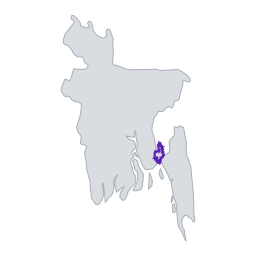 Feni, Chittagong, Bangladesh shown in context
{"feature_id": "16705992B83268326466345", "entity_name": "Feni", "entity_type": "district", "adm_level": 2, "iso_a3": "BGD", "parent_name": "Bangladesh", "parent_adm1": "Chittagong", "projection": "equal_earth", "projection_center": [91.37, 23.021], "detail": "fine", "context": "in_parent", "style": "outline", "palette": "violet", "viewbox_px": 256, "rotation_deg": 0, "n_neighbors": 0, "source": "geoboundaries", "source_scale": "gbopen_adm2", "svg_char_len": 7561}
<svg xmlns="http://www.w3.org/2000/svg" viewBox="0 0 256 256"><path d="M90.2,189.4L90.2,182.3L86.5,168.3L86.7,166.8L85.9,160.0L85.0,156.3L84.6,152.3L86.9,146.6L86.0,145.7L80.9,143.9L80.4,142.5L81.5,136.9L77.9,131.5L76.5,127.6L80.4,114.8L81.5,105.9L81.2,104.2L78.9,102.2L74.7,101.4L71.8,99.8L70.0,97.3L68.6,96.2L66.8,97.0L64.5,96.0L62.6,93.5L61.0,90.5L61.7,87.2L64.8,79.4L65.9,79.1L68.5,80.6L69.5,80.6L71.2,77.5L73.7,68.8L82.1,69.5L84.2,69.2L86.3,68.5L87.4,67.4L88.1,66.0L87.9,64.8L85.3,63.1L84.3,61.9L83.6,58.4L82.9,57.1L77.8,56.9L75.2,55.3L73.7,53.8L71.2,49.0L68.0,45.5L65.0,44.7L63.8,43.5L63.2,41.7L63.6,39.1L65.2,34.0L73.7,23.1L73.9,21.9L73.6,20.5L71.1,18.8L71.0,17.9L71.7,15.6L73.1,15.4L75.9,17.4L78.8,20.8L80.6,23.8L80.6,26.1L82.9,26.6L84.8,27.7L86.8,27.3L88.0,27.9L88.9,27.7L89.2,26.4L87.6,22.9L88.4,21.5L90.3,21.6L91.7,22.9L92.7,25.5L92.8,29.6L95.1,33.3L98.0,35.9L100.3,37.1L103.1,38.0L105.5,37.2L106.7,34.6L106.2,32.3L106.6,30.2L107.6,29.1L109.1,29.1L110.2,30.8L113.4,39.6L112.7,43.6L113.4,54.4L112.5,61.5L113.0,64.2L113.6,64.7L118.5,66.0L125.6,68.9L131.1,69.9L155.8,69.2L161.2,70.6L177.7,69.5L182.2,71.8L187.1,75.5L189.8,78.2L190.3,79.8L190.0,81.2L189.1,81.9L187.4,81.9L183.5,80.1L182.9,80.7L182.8,84.9L179.7,95.7L179.2,99.0L178.2,100.3L174.9,101.0L172.7,107.3L171.8,108.1L169.7,106.7L168.4,106.9L166.7,107.5L165.0,109.0L163.9,110.8L162.6,111.4L157.9,111.3L157.0,114.2L154.0,118.0L151.9,128.1L152.1,131.2L154.6,139.3L156.4,149.8L157.1,150.9L158.0,151.0L158.0,146.2L158.9,145.6L159.9,146.1L162.1,152.6L163.4,154.2L165.3,154.7L167.5,153.7L169.1,151.8L169.8,149.8L169.2,142.7L170.2,139.8L174.0,135.5L174.5,134.2L174.3,127.1L175.7,126.9L177.6,127.5L180.0,125.8L180.8,125.7L181.8,127.5L183.5,127.2L186.1,141.3L186.3,151.2L186.9,156.7L187.9,157.9L190.7,166.2L193.5,195.4L193.9,214.0L195.0,220.3L194.1,221.7L193.2,222.0L192.3,219.8L186.2,215.1L184.7,215.6L182.6,218.3L181.7,220.8L182.1,224.4L182.8,227.9L184.3,230.0L184.4,232.2L186.0,240.6L185.5,240.6L182.2,233.0L178.1,225.5L176.8,212.1L176.7,205.4L173.9,197.7L171.3,184.1L172.4,179.3L170.5,181.4L167.4,173.3L162.7,165.3L161.3,161.8L161.2,158.4L159.2,161.8L156.4,164.3L153.5,167.9L151.6,169.0L145.6,169.7L142.2,164.8L137.2,152.9L136.5,150.2L137.2,143.2L136.0,136.6L135.7,130.8L134.8,131.3L134.5,132.9L134.7,135.4L134.3,137.4L126.0,136.1L129.5,139.6L133.3,140.4L135.3,143.5L135.4,148.7L131.7,151.8L132.0,154.4L134.2,157.6L131.5,158.5L130.8,160.6L130.7,163.6L132.6,168.2L132.2,170.0L135.4,176.0L136.0,178.9L135.2,182.9L128.3,191.2L126.4,197.0L124.7,199.8L122.6,200.3L120.0,197.5L120.0,194.6L120.5,192.4L124.1,186.9L122.1,187.7L116.6,192.2L115.6,188.5L114.9,185.1L114.9,181.0L117.6,174.8L114.5,177.9L113.7,181.7L114.0,186.3L113.6,189.5L112.4,193.7L110.8,196.2L108.2,197.9L107.0,200.4L105.3,202.2L104.7,193.7L102.9,182.3L102.4,184.7L103.4,191.8L103.3,196.4L101.9,200.1L99.0,204.0L96.8,204.6L95.5,204.0L91.4,198.1L91.1,192.5L90.2,189.4ZM140.7,189.6L135.6,190.9L133.0,190.5L137.9,180.2L137.7,175.6L137.0,171.9L134.5,168.9L134.4,166.7L133.3,163.8L132.7,160.3L135.4,159.2L137.7,161.2L138.4,165.1L139.5,168.0L143.4,174.1L143.3,177.8L142.2,186.8L140.7,189.6ZM151.6,186.2L148.5,188.9L149.5,172.7L151.8,178.7L152.4,182.0L151.6,186.2ZM163.5,178.1L162.1,179.2L160.8,178.2L159.2,174.4L160.0,169.6L160.5,168.9L162.5,173.8L163.5,178.1ZM175.0,212.4L173.2,212.6L172.4,211.4L172.8,209.8L172.3,204.5L174.5,204.0L175.3,208.4L175.0,212.4ZM173.0,197.6L171.7,202.9L171.2,200.5L172.1,195.9L173.0,197.6ZM136.8,155.4L137.3,157.0L134.5,154.9L133.7,153.3L135.0,152.5L136.8,155.4Z" fill="#d9dde1" stroke="#a8b0b8" stroke-width="1"/><path d="M164.0,155.3L164.0,155.1L163.5,154.7L163.5,154.0L163.2,154.1L163.0,153.9L163.2,153.2L162.9,153.2L163.3,152.4L162.7,152.4L162.9,151.8L162.8,151.7L162.5,151.7L162.8,151.4L162.5,150.7L162.7,150.3L162.3,150.2L162.4,149.8L162.1,149.8L162.2,149.5L162.4,149.4L162.2,149.3L162.2,149.1L162.3,149.0L161.9,148.9L162.2,148.5L162.2,148.2L162.1,148.3L161.9,148.4L161.7,148.2L161.9,148.0L162.0,147.9L161.6,148.0L161.5,147.7L161.7,147.2L161.7,146.9L162.0,146.9L162.0,146.7L161.8,146.7L161.9,146.4L161.6,146.5L161.5,146.4L161.4,146.6L160.9,146.2L161.3,146.2L161.3,145.7L161.1,145.3L160.6,145.6L160.5,145.4L160.4,145.3L160.4,145.2L160.9,145.0L160.6,144.3L160.3,144.4L160.5,143.8L160.5,143.7L160.3,143.8L159.8,143.7L159.6,143.8L159.5,143.7L159.4,143.9L159.4,143.7L159.4,143.8L159.3,143.7L159.3,143.4L159.5,143.2L159.4,143.2L159.3,142.9L159.2,142.8L159.2,143.9L158.9,143.5L158.8,143.9L159.1,144.2L158.7,144.3L158.8,144.5L158.9,144.9L158.9,145.0L158.5,145.0L158.7,145.3L158.5,145.5L158.3,145.8L158.5,145.8L158.5,146.4L158.3,146.4L158.3,146.7L158.4,147.1L158.5,147.1L158.4,147.8L158.6,147.9L158.7,148.5L158.8,148.8L158.8,149.3L159.0,149.5L158.9,150.1L159.1,150.1L159.0,150.5L159.3,150.7L159.4,150.9L159.3,151.0L159.2,151.3L159.4,151.4L159.3,151.5L159.3,151.4L159.2,151.5L158.9,151.6L158.1,151.2L158.0,151.3L157.5,151.3L157.4,151.3L157.2,151.2L156.9,151.4L156.8,151.5L156.7,151.5L156.4,152.0L156.2,152.0L155.8,151.8L155.6,151.9L155.4,151.7L155.2,151.6L155.1,151.8L155.1,151.7L155.0,151.8L154.9,151.8L154.7,152.1L154.7,152.4L154.8,152.5L154.7,152.7L154.8,152.7L154.9,153.0L154.9,153.4L154.8,153.5L154.8,153.8L154.8,154.1L154.7,154.4L154.8,154.5L154.7,155.0L154.7,155.3L154.6,155.5L154.8,155.5L154.8,155.8L154.8,156.0L154.8,156.6L154.8,156.9L154.8,157.1L154.8,157.4L154.7,157.5L154.4,157.8L154.5,157.8L154.5,158.1L154.8,158.3L154.8,158.5L154.9,158.4L155.0,158.5L155.0,158.3L155.1,158.1L155.3,158.2L155.3,157.8L155.6,157.9L155.7,158.0L155.9,158.0L156.0,158.1L156.2,157.8L156.2,157.6L156.3,157.6L156.4,157.8L156.5,157.7L156.8,157.6L156.9,157.4L157.1,157.5L157.1,157.3L157.2,157.6L157.5,157.7L157.5,157.9L157.5,158.0L157.4,158.0L157.3,157.9L157.2,157.9L157.3,158.1L157.2,158.3L157.3,158.5L157.2,158.6L157.0,158.4L156.8,158.5L157.0,158.8L157.2,158.7L157.2,158.8L157.1,159.1L157.0,159.3L157.3,159.3L157.4,159.1L157.5,159.1L157.5,159.3L157.4,159.4L157.4,159.5L157.5,159.7L157.4,159.7L157.2,159.4L157.1,159.7L157.0,160.0L157.0,160.9L157.0,161.0L156.9,161.5L156.9,161.9L157.1,162.1L157.3,162.2L157.6,161.9L157.9,161.8L157.9,161.7L158.0,161.7L158.1,161.8L158.2,162.3L158.4,162.3L158.7,162.4L159.1,163.1L159.4,163.2L159.6,163.4L159.7,163.1L159.8,163.0L159.8,162.5L159.5,162.3L159.5,162.2L159.6,161.9L159.4,161.8L159.1,161.6L159.0,161.4L159.1,161.2L159.6,160.8L159.6,160.4L159.7,160.2L159.9,160.2L160.1,160.4L160.1,160.6L160.3,160.6L160.4,160.4L160.5,160.0L160.7,159.7L160.8,159.6L160.8,159.3L161.0,159.1L161.0,158.9L161.0,158.7L160.7,158.7L160.7,158.2L160.8,158.0L160.6,157.9L160.6,157.7L160.8,157.8L161.6,157.7L161.8,157.8L162.2,157.7L162.7,157.3L162.8,157.1L162.7,156.9L162.9,156.6L162.8,156.4L162.7,156.3L162.5,156.2L162.7,155.9L162.9,156.2L163.1,155.8L163.0,155.7L163.3,155.8L163.5,155.7L163.6,155.8L163.7,156.0L163.7,155.7L164.0,155.4L164.0,155.3ZM160.8,159.8L160.7,159.9L160.5,160.4L160.4,160.6L160.1,160.7L160.0,160.4L159.9,160.3L159.8,160.6L159.6,161.0L159.4,161.2L159.4,161.4L159.5,161.5L160.2,162.2L160.3,162.3L160.1,161.9L160.1,161.6L160.2,161.4L160.5,160.9L160.7,160.7L160.7,160.3L160.8,160.0L160.8,159.8ZM156.9,161.0L156.5,160.9L156.3,161.0L156.4,161.4L156.6,161.6L156.8,161.8L156.8,161.5L156.9,161.0ZM156.9,160.9L157.0,160.3L157.0,160.2L156.7,160.2L156.8,159.8L156.6,159.9L156.3,160.0L156.2,160.1L156.3,160.2L156.5,160.2L156.5,160.3L156.7,160.5L156.8,160.9L156.9,160.9ZM158.3,162.5L158.5,162.6L158.5,162.4L158.3,162.3L158.2,162.3L158.3,162.5ZM160.4,162.6L160.3,162.9L160.4,163.2L160.5,163.4L160.5,163.0L160.4,162.6ZM156.8,159.9L156.6,160.0L156.9,160.0L156.8,159.9Z" fill="none" stroke="#5b21b6" stroke-width="2"/></svg>